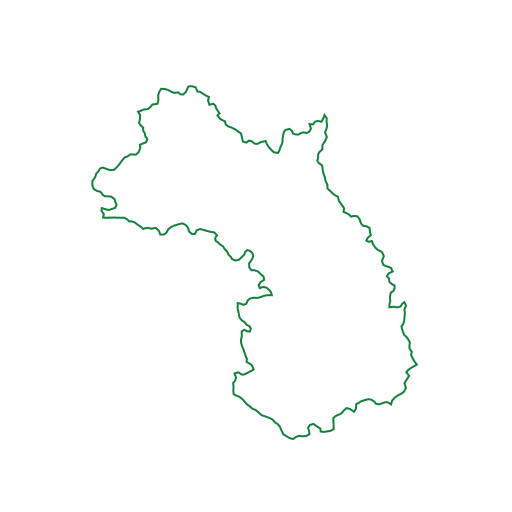 Novo Oriente de Minas, Minas Gerais, Brazil (Albers equal-area conic projection), rotated 155°
{"feature_id": "56859067B87860845609975", "entity_name": "Novo Oriente de Minas", "entity_type": "district", "adm_level": 2, "iso_a3": "BRA", "parent_name": "Brazil", "parent_adm1": "Minas Gerais", "projection": "albers", "projection_center": [-41.219, -17.24], "detail": "fine", "context": "isolated", "style": "outline", "palette": "green", "viewbox_px": 512, "rotation_deg": 155, "n_neighbors": 0, "source": "geoboundaries", "source_scale": "gbopen_adm2", "svg_char_len": 5200}
<svg xmlns="http://www.w3.org/2000/svg" viewBox="0 0 512 512"><g transform="rotate(155 256 256)"><path d="M271.6,69.6L268.6,67.8L265.5,66.9L262.5,66.1L258.8,66.3L257.1,70.0L255.7,73.4L254.5,76.4L251.8,77.3L249.1,77.2L245.2,77.2L242.1,78.7L238.3,79.9L235.5,77.7L233.0,73.4L229.9,75.4L227.8,79.4L225.0,79.5L222.0,79.9L217.8,79.4L214.3,78.6L212.2,77.0L210.3,74.0L209.7,71.4L207.1,69.5L203.0,69.1L200.3,68.8L198.1,67.3L196.4,64.4L193.6,67.5L189.8,69.1L186.5,69.6L182.5,69.8L179.3,70.4L175.9,73.0L175.2,78.0L171.3,80.5L167.9,82.7L168.9,87.2L166.5,88.3L162.5,89.1L159.6,89.3L156.1,89.6L156.9,93.1L157.3,97.0L157.2,100.8L155.3,103.4L156.0,107.1L154.8,110.0L153.1,112.5L153.3,116.3L153.9,119.2L155.1,121.9L154.8,125.8L153.9,130.7L151.4,132.1L149.4,134.2L147.3,137.6L145.2,141.4L143.9,145.1L140.9,147.7L141.2,151.5L143.8,150.8L146.3,149.1L150.0,149.8L152.5,151.8L156.8,153.1L155.3,156.2L153.5,158.1L152.0,162.1L149.4,165.8L146.1,166.3L143.9,168.4L142.9,170.9L144.6,172.8L146.0,176.1L145.0,179.6L145.9,182.3L143.3,184.1L138.7,184.2L138.7,188.3L141.5,191.0L144.3,194.0L144.0,198.3L140.2,201.8L140.1,206.3L143.1,210.1L144.4,213.4L145.0,217.3L144.7,220.7L147.9,221.2L149.5,223.3L147.3,225.2L143.2,226.3L142.4,230.1L141.2,233.5L143.6,236.5L146.2,238.1L147.1,241.2L146.6,245.2L147.3,249.2L150.5,251.0L153.1,251.4L154.4,254.8L156.3,257.1L158.1,259.0L156.0,262.0L156.7,266.4L157.6,271.0L156.7,275.0L158.8,277.8L160.2,280.6L161.2,283.5L162.7,287.0L161.2,290.4L161.3,294.4L160.3,298.4L159.9,302.7L159.1,306.1L157.7,310.1L159.7,313.4L160.2,316.5L158.1,318.9L156.8,321.8L154.5,323.5L150.8,324.6L149.0,328.3L146.9,329.8L144.2,331.4L141.5,333.9L141.2,338.9L138.6,341.2L136.4,344.1L135.1,348.4L133.7,350.9L134.4,354.8L137.2,352.0L140.0,350.0L142.8,352.2L145.7,352.8L148.5,351.2L151.7,352.9L152.3,348.4L154.9,346.2L158.0,346.0L160.8,348.1L163.5,348.4L166.1,348.1L168.7,349.4L170.8,351.4L170.5,354.2L172.0,357.1L176.1,357.8L178.4,356.5L180.2,354.2L182.3,351.2L183.7,348.3L185.5,346.2L187.7,344.5L190.0,341.9L192.4,340.1L196.0,342.4L197.5,346.3L198.5,349.9L198.9,352.9L198.7,356.1L203.4,357.2L207.4,357.0L209.9,358.5L211.3,361.7L213.5,363.6L216.8,362.8L219.5,365.4L218.5,369.9L217.8,373.4L219.4,375.8L221.1,379.3L224.0,382.8L226.6,385.4L227.8,388.0L227.3,391.2L228.9,393.2L230.6,395.5L231.5,399.7L228.7,400.7L229.3,403.4L229.7,406.2L229.3,409.5L230.3,412.0L234.3,412.7L233.8,417.1L231.4,419.9L233.4,422.3L235.4,425.3L237.1,428.2L239.6,430.0L239.4,434.4L242.5,437.1L245.6,438.2L247.7,436.5L250.2,434.4L253.6,433.1L256.1,434.4L257.4,437.2L261.1,438.3L263.4,440.7L265.0,443.0L267.9,445.8L271.3,447.6L274.1,445.8L276.7,443.1L278.4,438.8L280.9,435.6L283.5,436.3L285.9,437.1L288.8,435.6L292.0,434.8L295.8,436.2L299.3,436.3L301.9,436.6L301.5,432.4L303.5,428.9L305.8,426.0L305.2,422.7L304.0,420.0L305.3,417.2L304.9,414.2L305.7,411.1L305.1,407.8L307.6,405.5L311.5,405.8L314.1,405.8L315.3,402.8L318.5,399.7L322.0,398.6L324.4,399.9L326.8,401.2L330.5,400.5L333.4,400.9L337.3,399.0L341.1,396.9L344.4,395.4L348.3,394.1L352.0,395.5L355.2,398.6L357.5,400.9L360.3,401.2L363.3,399.2L365.8,398.3L368.6,395.3L372.6,393.1L374.5,389.1L374.8,385.5L372.8,382.4L369.7,379.7L369.1,376.3L367.8,374.1L365.1,372.7L362.2,371.1L360.1,367.2L360.7,363.9L360.7,361.2L363.6,359.1L366.5,359.5L370.0,359.9L373.0,362.3L375.5,364.6L377.0,362.3L376.2,358.3L378.3,355.4L375.3,353.8L371.5,352.2L367.8,350.6L365.4,349.2L362.3,347.8L359.0,346.2L357.3,343.7L356.3,340.9L354.0,339.9L351.8,337.8L349.9,334.1L347.8,330.8L346.8,328.2L344.2,327.9L341.7,327.0L339.2,324.9L335.1,323.9L333.3,319.6L333.7,315.9L330.5,314.4L327.4,314.9L324.2,317.3L320.5,318.2L316.6,318.0L313.4,317.6L309.0,316.7L306.7,314.0L305.8,311.0L306.2,306.3L304.7,302.8L302.0,301.8L298.9,304.3L295.3,304.1L292.7,302.0L289.8,299.4L286.9,297.0L283.9,295.1L282.6,291.3L285.5,289.4L286.2,286.8L284.6,284.3L283.8,281.7L281.8,278.7L281.4,275.2L280.3,272.5L280.4,268.9L279.2,266.0L278.9,263.2L276.6,260.6L273.1,259.8L269.4,261.0L266.2,262.2L263.9,264.4L261.3,265.0L259.3,263.2L258.1,260.4L258.3,257.3L260.8,254.8L265.3,252.3L266.9,248.5L266.1,245.0L263.6,243.9L260.7,241.1L259.3,237.2L257.9,234.2L258.6,231.0L262.9,230.4L266.0,228.4L266.2,225.4L262.2,224.8L259.9,222.9L258.6,220.1L257.7,217.0L258.2,213.8L262.3,215.7L265.5,216.5L268.2,216.7L272.3,217.3L275.6,219.1L279.6,220.0L282.5,219.1L285.0,216.8L288.0,217.0L289.8,219.1L292.5,221.0L294.6,216.8L295.9,211.5L296.9,207.1L295.9,203.2L294.3,200.9L293.5,197.5L291.5,195.1L291.4,192.3L293.7,190.1L296.2,191.8L297.7,194.1L300.8,193.7L302.8,189.2L305.2,186.1L306.4,182.9L306.7,179.8L306.9,176.2L307.3,172.4L307.7,169.4L307.7,166.6L309.3,164.1L307.5,161.5L305.9,158.7L306.1,154.1L309.1,153.8L313.1,153.7L316.8,153.6L319.2,154.7L321.1,158.0L325.1,158.6L325.5,154.2L327.7,151.8L330.4,150.5L331.6,147.0L333.5,143.4L334.6,140.5L333.3,138.3L330.6,135.4L328.8,132.1L328.0,129.2L327.0,125.6L325.5,122.9L323.7,119.1L321.1,116.1L319.6,112.6L318.2,109.4L315.1,106.4L312.5,103.8L310.3,101.1L309.1,97.3L307.4,94.4L306.5,91.4L306.6,86.9L306.7,83.1L305.2,80.8L303.7,78.6L302.0,76.3L299.6,74.4L296.6,75.1L293.1,74.9L289.8,72.8L286.8,71.7L282.8,71.9L281.9,74.9L281.4,78.4L278.4,80.1L274.9,79.5L272.9,76.0L270.6,72.3L271.6,69.6Z" fill="none" stroke="#15803d" stroke-width="2"/></g></svg>